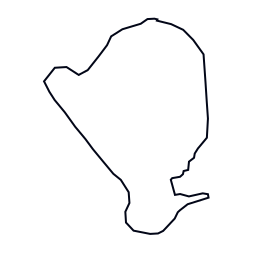 Wonsan City, Kangwŏn-do, North Korea, rotated 86°
{"feature_id": "82179303B41531617373143", "entity_name": "Wonsan City", "entity_type": "district", "adm_level": 2, "iso_a3": "PRK", "parent_name": "North Korea", "parent_adm1": "Kangwŏn-do", "projection": "equal_earth", "projection_center": [127.373, 39.107], "detail": "fine", "context": "isolated", "style": "outline", "palette": "ink", "viewbox_px": 256, "rotation_deg": 86, "n_neighbors": 0, "source": "geoboundaries", "source_scale": "gbopen_adm2", "svg_char_len": 876}
<svg xmlns="http://www.w3.org/2000/svg" viewBox="0 0 256 256"><g transform="rotate(86 128 128)"><path d="M235.3,105.4L233.1,100.1L221.6,87.7L215.5,84.2L213.5,81.7L208.2,73.8L204.6,58.7L203.1,52.5L199.6,52.9L198.4,58.0L200.5,72.0L197.5,80.6L198.0,85.8L182.6,88.9L181.1,87.4L180.3,79.5L177.9,76.4L174.8,75.5L174.0,70.9L165.8,69.5L162.3,64.2L158.1,63.2L153.2,59.6L152.1,58.5L143.2,50.0L124.2,47.6L107.0,47.6L87.7,47.5L72.7,47.5L59.8,47.5L44.7,56.8L33.9,66.1L27.4,77.7L22.9,91.7L21.7,91.1L20.8,94.0L20.7,101.0L24.9,108.0L27.0,117.4L29.1,126.7L35.4,138.4L43.9,143.1L54.6,152.4L67.4,164.1L71.6,173.5L62.9,185.1L62.8,196.8L75.6,208.5L86.4,203.9L95.0,199.2L108.0,189.9L123.1,180.6L136.0,171.3L146.8,164.4L159.8,155.1L172.7,145.8L179.2,138.8L192.1,131.8L202.9,131.8L211.4,136.5L222.2,136.6L230.8,129.6L235.2,113.3L235.3,105.4Z" fill="none" stroke="#020617" stroke-width="2"/></g></svg>